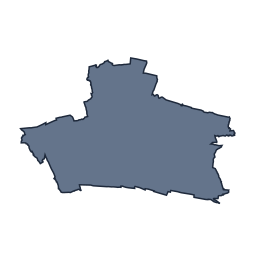 Parincea, Bacau, Romania (Equal Earth projection), rotated 185°
{"feature_id": "2599482B11069906328912", "entity_name": "Parincea", "entity_type": "district", "adm_level": 2, "iso_a3": "ROU", "parent_name": "Romania", "parent_adm1": "Bacau", "projection": "equal_earth", "projection_center": [27.112, 46.465], "detail": "fine", "context": "isolated", "style": "filled", "palette": "slate", "viewbox_px": 256, "rotation_deg": 185, "n_neighbors": 0, "source": "geoboundaries", "source_scale": "gbopen_adm2", "svg_char_len": 5724}
<svg xmlns="http://www.w3.org/2000/svg" viewBox="0 0 256 256"><g transform="rotate(185 128 128)"><path d="M165.6,188.1L166.5,187.6L169.6,186.4L172.0,185.6L171.9,183.0L172.0,182.3L172.1,181.3L171.8,179.7L172.3,178.0L172.1,176.3L171.7,175.5L172.3,175.0L172.2,174.8L172.9,174.3L173.1,173.8L173.2,172.9L171.7,172.2L171.8,172.1L170.9,172.1L170.3,171.9L170.5,171.6L169.8,171.3L169.5,170.9L169.3,170.8L169.0,169.9L168.9,169.2L168.7,168.5L168.9,168.4L169.0,168.0L169.0,167.8L168.7,167.5L168.6,167.1L168.4,167.0L168.1,166.6L167.7,164.6L167.3,163.8L166.9,162.3L166.9,161.6L166.3,160.3L167.0,158.9L167.7,159.0L167.4,158.4L167.3,157.7L167.0,157.6L166.5,156.3L166.7,155.4L167.3,154.7L167.4,154.1L168.0,153.6L169.8,152.4L170.9,151.0L174.0,150.2L174.0,149.5L173.4,148.4L172.5,146.1L171.7,144.8L171.3,143.0L170.5,140.9L170.2,138.6L169.2,135.9L171.9,135.0L172.3,134.0L172.6,133.6L173.5,133.1L173.6,132.7L174.3,132.6L174.9,132.8L175.9,132.2L177.7,131.8L178.0,131.4L178.5,131.1L180.1,130.7L182.5,130.4L182.9,131.6L184.0,133.7L184.4,134.2L186.8,135.7L194.6,133.3L195.2,133.0L196.9,132.7L200.5,131.4L199.9,129.7L201.7,129.0L205.9,126.7L210.2,124.2L210.3,126.2L213.7,124.0L218.7,121.1L223.2,120.1L224.1,119.8L226.8,119.5L234.9,118.0L233.8,116.8L231.8,115.6L231.1,115.0L230.8,114.6L230.2,112.6L229.9,112.4L230.1,112.2L231.2,111.8L231.7,111.4L231.8,111.5L232.1,111.5L232.0,110.5L232.6,110.1L232.5,109.8L233.2,109.0L233.2,108.5L232.9,107.8L232.5,106.7L233.1,105.5L233.1,103.9L230.5,104.2L228.5,104.2L228.0,103.3L227.0,103.3L226.7,103.2L226.4,102.3L225.8,102.2L224.9,100.9L224.9,100.0L224.7,99.4L223.4,97.0L222.3,95.8L221.9,95.7L221.6,96.3L221.2,95.8L220.8,95.0L220.2,94.4L219.9,93.9L220.2,93.9L220.1,92.9L218.1,91.2L216.9,90.6L215.8,89.9L215.0,87.8L213.9,87.0L212.6,85.4L212.3,84.9L212.0,84.9L210.7,86.3L210.3,86.2L210.0,86.3L209.8,86.7L209.9,86.9L209.8,87.0L210.6,88.2L210.2,88.6L210.2,89.2L208.9,89.9L208.8,90.3L208.7,90.3L208.3,94.0L207.1,91.5L206.2,90.3L206.0,89.6L205.5,88.6L204.5,87.5L200.9,80.8L198.5,77.2L197.5,75.4L196.4,73.0L196.5,72.6L196.8,72.3L196.9,71.6L197.3,71.1L196.8,70.8L196.2,71.0L196.2,70.5L195.8,70.0L195.5,70.0L194.6,68.1L194.2,68.2L193.8,67.5L192.6,65.0L192.2,63.4L192.0,61.4L191.8,61.3L191.5,61.5L190.1,59.7L189.8,59.6L189.1,58.3L187.7,58.0L185.7,58.2L181.2,58.8L179.8,58.7L177.2,60.2L176.2,60.6L175.9,60.6L175.9,60.9L173.1,62.0L172.4,62.5L171.5,62.6L171.0,62.4L170.3,61.8L169.6,61.6L169.4,61.8L170.1,63.1L170.6,65.0L171.0,65.5L171.4,67.2L160.1,67.9L158.8,67.6L157.5,67.4L143.9,67.7L142.6,67.9L139.1,67.9L137.6,68.1L134.2,68.1L133.1,68.0L131.4,68.3L129.9,68.3L130.1,69.3L129.7,69.3L129.4,69.5L128.2,69.6L127.2,69.2L124.8,68.7L122.1,68.5L116.1,68.4L116.4,69.5L115.9,70.4L111.1,69.6L105.6,67.8L105.6,69.0L102.6,68.9L96.4,67.6L96.7,67.0L83.8,64.4L82.5,68.1L80.2,67.8L80.2,68.3L79.9,69.5L73.1,68.9L69.5,68.2L59.7,67.5L56.4,67.1L56.4,66.5L56.2,64.7L44.5,63.6L42.6,63.6L41.4,63.8L41.5,64.0L39.6,64.0L38.8,63.8L36.1,62.1L33.3,61.4L31.9,61.5L30.9,61.0L29.9,60.9L33.9,63.5L36.0,64.1L36.6,65.1L36.2,65.4L35.0,65.3L34.3,65.5L32.3,65.5L32.1,65.9L32.1,68.0L31.6,68.5L29.3,68.7L29.1,68.8L28.8,69.2L27.3,69.6L27.6,70.3L26.2,70.6L25.7,71.0L23.1,71.9L22.8,72.1L22.6,72.5L22.1,72.9L22.4,74.7L22.3,74.9L27.6,74.9L27.8,75.5L27.3,75.6L27.3,75.9L28.1,76.1L29.6,79.8L29.8,80.6L30.6,82.0L30.6,82.3L30.3,82.4L30.3,82.7L31.0,83.3L31.3,84.1L31.5,84.9L33.3,87.1L33.5,88.4L34.0,89.4L34.6,90.6L34.9,90.6L35.1,90.9L35.6,92.2L36.3,93.0L36.6,93.8L37.2,94.4L37.5,95.1L40.2,96.0L40.2,100.2L40.0,101.9L40.3,104.0L40.3,104.5L39.9,105.2L39.3,106.6L38.9,106.7L39.7,108.9L39.7,110.0L39.1,110.8L38.8,111.5L38.5,112.3L38.5,112.6L38.5,112.8L37.8,114.2L36.9,114.6L36.7,115.0L36.1,115.5L35.5,115.6L35.1,116.0L34.6,116.3L33.3,117.3L33.2,117.6L33.3,118.1L32.9,118.8L35.9,118.3L39.2,118.9L40.5,118.8L41.7,119.3L44.0,119.3L43.1,120.1L42.7,120.9L39.5,121.4L38.4,121.3L38.3,121.6L38.3,122.1L39.3,124.3L40.1,125.7L40.8,128.0L39.5,127.7L38.8,127.7L38.4,127.8L37.8,128.3L37.5,128.1L37.0,127.3L36.7,127.2L35.9,127.9L35.6,128.0L34.9,128.1L33.0,128.7L32.2,128.8L31.7,128.6L30.3,128.5L29.6,129.1L29.3,129.5L28.8,129.6L27.5,128.8L27.3,129.3L27.1,129.4L26.0,129.2L25.8,129.9L24.7,129.7L23.9,129.1L23.7,129.1L21.3,130.0L21.9,130.9L21.3,131.0L21.3,131.5L21.1,131.8L21.1,132.1L21.3,132.7L21.7,132.9L22.0,133.4L22.1,133.8L22.7,134.7L26.2,134.0L25.8,135.6L25.8,136.0L26.6,136.3L27.0,137.0L27.5,136.7L27.5,137.1L28.0,137.4L28.3,138.0L28.3,140.3L27.9,140.7L27.9,142.1L27.7,142.5L27.8,143.0L27.2,144.4L27.4,145.2L27.1,146.1L28.0,147.8L28.3,147.6L29.4,147.6L39.9,148.8L41.1,149.2L43.0,149.6L45.5,150.8L46.2,150.6L48.2,150.8L50.0,150.1L51.5,150.3L53.3,150.3L54.3,150.9L54.4,151.3L56.8,152.2L66.5,153.3L66.6,153.9L71.7,155.0L75.2,155.4L75.3,155.8L75.8,156.5L76.3,156.2L76.2,154.9L77.0,154.9L77.1,155.3L78.0,156.0L80.4,156.8L92.5,159.3L96.4,161.7L97.6,161.6L99.1,160.5L99.6,160.4L100.1,160.8L100.7,162.8L101.1,163.3L101.9,163.7L102.6,163.5L104.0,162.3L104.3,162.2L104.5,162.2L105.0,162.6L105.3,163.2L105.8,163.7L106.0,163.7L106.9,163.3L106.3,166.8L105.6,167.9L104.0,174.2L103.0,177.0L103.2,177.3L102.9,178.9L103.6,180.2L103.9,182.5L114.9,184.1L117.5,184.0L117.4,185.6L117.1,187.9L115.6,192.3L115.0,194.3L115.0,194.7L115.4,196.3L118.2,196.5L125.3,197.5L131.4,198.0L131.4,192.1L131.6,192.0L135.5,191.2L137.6,191.0L138.6,190.6L139.7,190.5L139.9,190.3L142.2,190.2L146.1,189.3L146.7,189.1L148.2,189.1L149.3,189.8L149.1,190.9L150.5,191.3L152.5,192.2L153.2,192.4L153.9,193.7L155.0,192.9L155.8,192.6L156.3,192.2L156.8,192.2L157.0,192.1L157.5,190.9L157.8,190.6L159.3,189.5L161.1,188.8L161.7,188.0L162.2,186.8L163.4,185.6L164.3,185.5L164.5,185.6L164.6,186.2L165.2,186.2L165.4,186.4L165.4,186.8L165.1,187.1L165.0,187.4L165.0,187.9L165.6,188.1Z" fill="#64748b" stroke="#1e293b" stroke-width="1.5"/></g></svg>